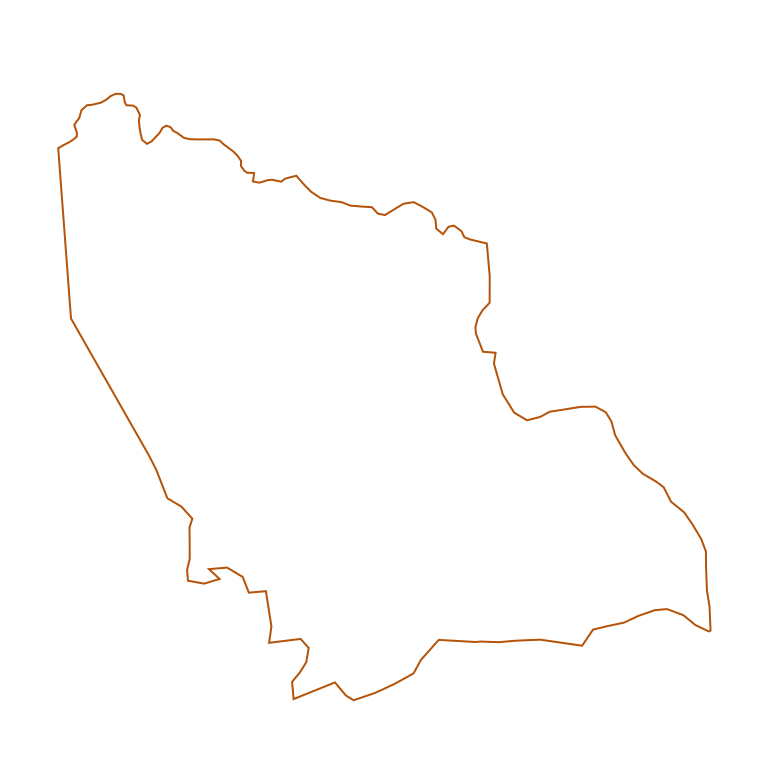 Kampar, Perak, Malaysia, rotated 265°
{"feature_id": "92858781B88195291987558", "entity_name": "Kampar", "entity_type": "district", "adm_level": 2, "iso_a3": "MYS", "parent_name": "Malaysia", "parent_adm1": "Perak", "projection": "robinson", "projection_center": [101.24, 4.393], "detail": "fine", "context": "isolated", "style": "outline", "palette": "amber", "viewbox_px": 768, "rotation_deg": 265, "n_neighbors": 0, "source": "geoboundaries", "source_scale": "gbopen_adm2", "svg_char_len": 2166}
<svg xmlns="http://www.w3.org/2000/svg" viewBox="0 0 768 768"><g transform="rotate(265 384 384)"><path d="M647.3,80.0L476.5,77.9L333.3,143.6L318.2,149.7L289.1,158.2L279.4,171.6L266.5,181.3L257.9,177.7L241.7,176.5L226.7,175.2L215.9,171.6L205.1,171.6L200.8,187.4L204.1,203.2L214.8,193.5L214.8,211.7L204.1,226.4L187.9,231.2L187.9,248.3L152.4,250.7L136.2,247.0L137.3,278.7L127.6,286.0L113.6,282.3L103.9,275.0L95.3,266.5L78.0,266.5L91.0,309.1L77.0,318.9L71.6,326.2L77.0,348.1L84.5,368.8L93.1,388.2L106.0,396.8L124.3,416.2L122.2,430.8L119.0,452.7L119.0,457.6L116.8,475.9L116.8,492.9L115.7,517.3L106.0,558.6L121.1,570.8L123.3,585.4L125.4,602.5L130.8,617.1L135.1,634.1L135.1,646.3L127.6,662.1L116.8,673.1L109.2,686.0L109.9,687.8L134.0,688.9L150.2,687.7L173.9,688.9L189.0,690.1L201.9,686.5L217.0,679.2L229.9,671.9L241.7,659.7L256.8,653.6L263.3,646.3L271.9,634.1L281.6,625.6L294.5,618.3L312.8,609.8L326.8,607.3L336.5,602.5L343.0,592.7L344.1,578.1L341.9,546.5L337.6,536.7L335.4,523.3L344.1,511.2L363.4,501.4L394.7,495.3L405.4,497.9L407.5,485.4L426.1,480.0L432.3,480.0L441.3,483.1L448.8,488.5L455.7,496.3L481.9,498.7L515.0,498.7L520.5,482.3L523.3,476.8L529.5,474.5L535.7,467.5L535.0,462.0L528.1,455.8L534.3,449.6L543.3,449.6L550.9,446.5L557.7,437.1L562.6,429.3L561.9,419.2L557.7,410.6L552.2,399.7L554.3,392.7L561.2,387.3L562.6,377.9L564.6,366.2L568.8,357.7L571.5,346.0L575.0,336.6L581.9,328.1L589.5,321.8L599.1,314.8L597.2,303.4L594.5,299.4L597.2,290.4L597.2,285.9L595.4,277.5L597.2,271.0L600.7,272.0L605.6,273.0L606.4,266.0L608.6,263.5L613.5,260.5L618.8,261.0L624.1,258.0L628.9,254.0L632.5,250.0L636.9,245.0L640.8,241.6L642.6,235.6L643.1,228.6L643.9,219.6L644.8,212.1L646.6,206.2L651.9,200.2L654.5,196.2L658.5,193.7L660.3,189.7L658.5,185.7L653.6,182.2L649.7,177.8L646.1,173.8L643.9,168.8L648.3,164.3L655.0,163.3L661.6,162.8L668.2,162.8L673.0,164.3L676.1,163.3L681.0,161.3L683.2,158.3L684.1,151.8L687.2,150.3L694.2,149.8L696.0,146.8L696.4,141.9L694.7,136.9L691.6,132.4L688.9,126.4L687.6,117.4L687.6,112.5L683.2,106.5L675.3,103.5L672.2,100.5L669.1,98.0L661.1,100.0L657.2,99.5L654.1,95.0L651.9,90.5L649.7,85.0L647.3,80.0Z" fill="none" stroke="#b45309" stroke-width="2"/></g></svg>